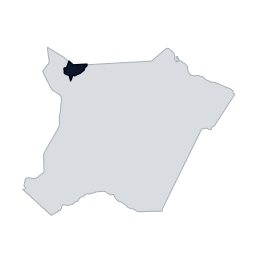 Mandera South, North-Eastern, Kenya shown in context, rotated 267°
{"feature_id": "3690345B27349371945501", "entity_name": "Mandera South", "entity_type": "district", "adm_level": 2, "iso_a3": "KEN", "parent_name": "Kenya", "parent_adm1": "North-Eastern", "projection": "mercator", "projection_center": [40.637, 2.72], "detail": "fine", "context": "in_parent", "style": "filled", "palette": "ink", "viewbox_px": 256, "rotation_deg": 267, "n_neighbors": 0, "source": "geoboundaries", "source_scale": "gbopen_adm2", "svg_char_len": 5328}
<svg xmlns="http://www.w3.org/2000/svg" viewBox="0 0 256 256"><g transform="rotate(267 128 128)"><path d="M43.2,157.8L43.2,154.2L43.7,145.0L43.6,136.9L44.1,132.8L46.1,130.3L47.0,128.4L47.7,125.8L48.7,123.7L51.1,121.9L51.5,121.0L54.0,118.1L55.5,114.4L56.7,113.1L58.1,112.0L59.1,111.3L60.7,110.7L62.0,110.4L62.3,110.1L62.4,109.5L62.0,107.2L62.5,106.4L63.4,104.9L64.4,103.5L65.3,102.5L65.8,101.6L66.0,100.0L66.1,98.8L66.1,97.0L65.8,92.7L64.7,89.1L64.1,85.1L64.5,83.8L63.7,81.5L63.3,81.4L62.6,80.8L61.7,78.6L61.1,76.6L60.7,76.1L57.8,74.4L56.4,70.2L54.8,69.3L54.0,65.1L53.8,64.0L54.7,59.9L54.6,58.9L53.6,58.0L51.0,57.2L48.8,55.5L49.1,54.9L49.2,54.2L48.1,53.8L44.8,46.8L49.1,42.5L53.4,38.2L58.9,32.8L64.0,27.8L68.3,23.5L72.3,19.7L72.2,20.4L72.2,21.4L72.7,22.0L73.5,22.4L74.6,21.9L75.6,21.3L76.5,21.2L82.4,22.8L83.4,24.2L83.3,25.7L83.6,26.8L83.1,27.9L82.6,31.2L82.8,34.2L84.5,36.5L86.1,38.3L87.3,40.7L88.3,41.5L89.5,41.9L93.6,42.0L99.5,42.2L105.3,42.3L105.8,42.4L107.0,42.7L112.3,46.0L117.2,49.1L121.3,51.8L125.3,54.4L129.1,56.9L132.1,58.9L135.1,59.6L139.9,59.9L143.2,60.0L146.3,60.9L150.9,61.7L154.3,62.1L156.3,62.6L162.0,63.1L163.0,62.8L165.5,60.5L168.3,56.7L169.4,54.6L173.1,52.6L179.5,49.7L184.0,47.7L189.1,45.7L191.3,47.4L194.5,50.2L195.9,51.6L197.0,52.3L198.7,52.7L200.8,52.7L202.0,52.6L204.3,52.3L209.7,51.9L212.8,51.9L210.2,55.7L207.1,60.2L201.3,68.5L196.9,72.8L193.6,76.1L193.3,76.7L193.3,80.4L193.3,89.3L193.4,107.2L193.5,125.2L193.5,143.1L193.6,152.0L193.6,155.0L196.5,158.8L199.3,162.5L203.1,167.3L205.1,169.9L205.5,170.8L205.4,172.6L202.3,176.2L199.7,177.9L196.3,178.7L195.3,178.5L193.9,178.0L193.4,178.9L193.0,180.2L192.3,179.9L191.7,179.5L192.0,182.0L192.4,183.2L191.9,184.8L190.2,186.2L190.1,187.4L186.5,190.5L181.4,190.9L178.7,192.4L177.5,193.7L176.6,196.5L176.9,200.7L175.5,204.0L175.2,205.6L172.6,207.8L171.4,209.7L170.6,211.7L169.8,212.6L168.9,217.0L167.7,219.7L167.4,220.6L167.1,221.5L166.1,223.0L165.5,224.1L165.1,224.9L162.0,231.8L159.6,234.9L157.7,234.6L156.4,235.8L156.3,236.3L155.6,236.0L154.0,234.9L150.7,232.5L147.5,230.2L144.2,227.8L140.9,225.5L137.7,223.1L134.4,220.8L131.2,218.4L127.9,216.0L126.0,214.7L125.1,213.8L124.5,212.2L124.2,211.8L123.3,211.3L122.3,211.2L122.0,210.9L122.0,210.1L122.3,209.0L123.5,206.8L123.7,205.5L123.4,204.1L123.1,201.8L122.7,201.3L120.6,200.1L116.0,197.5L111.5,195.0L107.0,192.5L102.4,189.9L97.9,187.4L93.4,184.9L88.9,182.3L84.3,179.8L79.8,177.3L75.3,174.8L70.7,172.2L66.2,169.7L61.7,167.2L57.2,164.6L52.6,162.1L48.1,159.6L46.4,158.6L44.9,157.8L43.2,157.8ZM193.9,182.4L193.1,182.6L193.5,181.4L195.9,179.8L196.8,180.2L197.0,180.5L196.9,180.8L196.6,181.2L193.9,182.4Z" fill="#d9dde1" stroke="#a8b0b8" stroke-width="1"/><path d="M192.7,70.2L192.4,70.2L192.3,70.4L192.3,70.5L192.2,70.7L192.1,70.8L191.8,70.8L191.6,70.8L191.6,70.7L191.5,70.3L191.5,70.2L191.4,70.0L191.3,69.6L191.3,69.3L191.3,69.1L191.2,69.1L191.2,68.9L191.2,68.7L191.1,68.4L191.2,68.2L191.2,67.9L191.2,67.5L190.9,67.4L190.7,67.3L190.4,67.3L190.2,67.4L189.9,67.3L189.9,67.2L189.7,67.1L189.5,67.3L189.4,67.3L189.2,67.4L188.9,67.5L188.7,67.5L188.4,67.5L188.3,67.4L188.2,67.4L188.1,67.5L187.9,67.7L187.9,67.8L187.9,68.0L187.7,67.8L187.6,67.5L187.6,67.4L187.3,67.3L187.2,67.3L186.8,67.3L186.7,67.3L186.4,67.3L186.2,67.4L186.2,67.5L185.9,67.8L185.7,67.9L185.6,68.0L185.4,68.2L185.4,68.3L185.2,68.4L185.2,68.5L185.0,68.8L185.0,69.0L184.9,69.2L184.9,69.5L184.7,69.7L184.6,69.8L184.5,70.0L184.4,70.0L184.3,70.3L184.2,70.5L184.1,70.8L184.0,71.2L183.8,71.5L183.7,71.8L183.6,72.1L183.4,72.2L183.2,72.2L183.1,72.3L182.9,72.3L182.7,72.3L182.2,72.3L181.9,72.4L181.7,72.4L181.5,72.5L181.4,72.5L181.2,72.6L180.9,72.6L180.7,72.6L180.4,72.7L180.4,72.8L180.2,72.8L179.9,72.8L179.7,72.9L179.5,73.0L179.4,73.0L179.2,73.0L178.9,73.0L178.7,73.1L178.4,73.2L178.5,73.3L179.8,74.0L180.9,74.4L181.0,74.5L181.6,74.7L182.8,75.3L183.3,75.6L183.3,75.8L183.3,76.0L183.4,76.3L183.3,76.5L183.5,76.8L183.4,76.9L183.3,77.0L183.5,77.1L183.4,77.3L183.5,77.3L183.7,77.5L183.8,77.5L183.8,77.8L183.8,78.0L183.8,78.3L183.7,78.3L183.6,78.5L183.4,78.7L183.5,78.8L183.6,79.0L183.8,79.1L183.9,79.3L183.9,79.5L184.0,79.7L184.0,79.8L184.1,80.0L184.2,80.3L184.3,80.5L184.4,80.8L184.5,81.0L184.5,81.3L184.6,81.5L184.7,81.8L184.8,81.9L184.8,82.0L185.0,82.2L185.1,82.3L185.1,82.5L185.1,82.8L185.3,82.9L185.5,83.1L185.4,83.3L185.5,83.5L185.6,83.8L185.7,84.0L185.8,84.0L185.9,84.3L186.0,84.4L186.2,84.5L186.3,84.6L186.5,84.8L186.8,84.8L186.9,85.0L186.9,85.3L186.9,85.5L187.0,85.7L187.1,85.8L187.2,86.0L187.3,86.1L187.5,86.2L187.6,86.3L187.7,86.5L187.8,86.5L188.0,86.8L188.0,87.0L188.3,87.2L188.5,87.3L188.8,87.3L189.0,87.3L189.3,87.4L189.5,87.6L189.7,87.8L189.8,87.8L190.1,87.8L190.3,87.8L190.5,87.9L190.6,88.0L190.8,88.2L190.9,88.3L191.0,88.4L191.1,88.6L191.2,88.8L191.2,89.0L191.6,89.4L191.8,89.6L192.3,90.0L192.7,90.2L192.8,90.3L193.0,90.3L193.3,90.3L193.5,90.3L193.5,90.2L193.8,90.2L193.9,89.7L193.9,89.3L193.9,88.9L193.9,88.5L193.9,88.2L193.9,87.8L193.9,87.5L193.9,87.1L193.9,86.7L193.9,86.4L193.9,85.6L193.9,85.3L193.9,84.3L193.9,83.4L193.9,82.5L193.9,82.0L193.9,81.6L193.9,80.7L193.9,80.0L193.9,79.8L193.9,78.9L193.9,78.2L193.9,77.2L193.9,76.5L194.1,76.3L195.0,75.4L195.9,74.5L196.7,73.7L197.6,72.8L197.8,72.6L197.2,72.2L195.6,71.6L193.7,70.9L193.2,70.8L193.0,70.7L192.9,70.6L192.8,70.3L192.7,70.2Z" fill="#0f172a" stroke="#020617" stroke-width="1.5"/></g></svg>